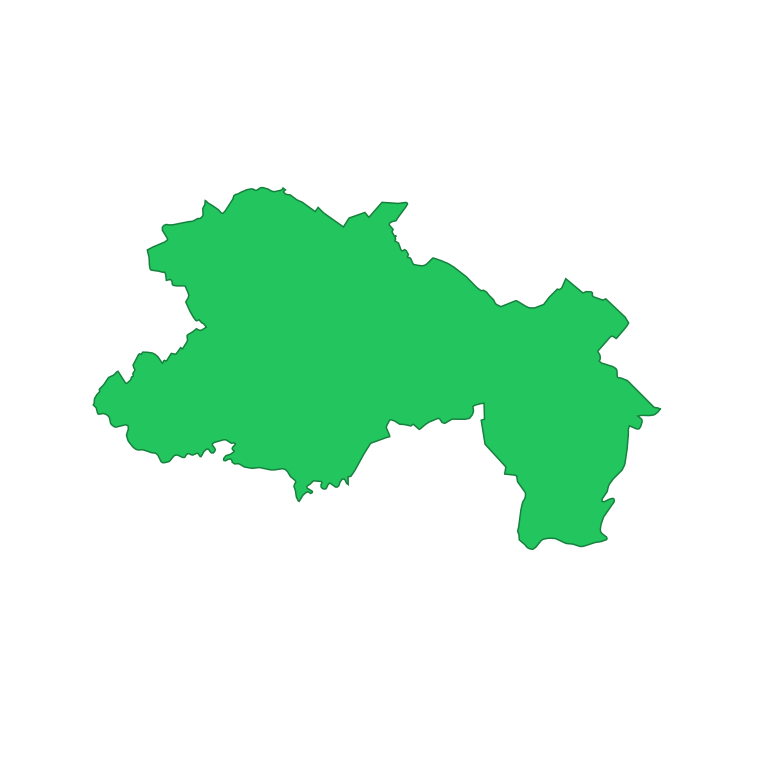 the district of Dong Son, Thanh Hóa, Vietnam, rotated 307°
{"feature_id": "81297802B98540731986743", "entity_name": "Dong Son", "entity_type": "district", "adm_level": 2, "iso_a3": "VNM", "parent_name": "Vietnam", "parent_adm1": "Thanh Hóa", "projection": "mercator", "projection_center": [105.69, 19.795], "detail": "fine", "context": "isolated", "style": "filled", "palette": "green", "viewbox_px": 768, "rotation_deg": 307, "n_neighbors": 0, "source": "geoboundaries", "source_scale": "gbopen_adm2", "svg_char_len": 6159}
<svg xmlns="http://www.w3.org/2000/svg" viewBox="0 0 768 768"><g transform="rotate(307 384 384)"><path d="M479.8,185.4L477.7,185.5L476.7,185.0L471.9,181.0L470.7,179.0L470.1,176.7L470.1,174.7L469.4,172.8L468.0,169.1L466.9,167.7L465.4,166.8L462.3,165.9L461.3,164.8L460.8,161.9L460.0,160.6L456.8,157.7L451.6,154.6L447.8,152.9L445.9,151.3L444.1,150.8L440.5,152.0L427.0,153.0L423.8,152.8L422.8,151.8L422.7,150.6L423.5,147.2L423.3,140.7L422.6,133.7L423.1,132.6L422.9,130.8L419.6,132.9L415.2,133.6L410.3,137.6L408.8,138.1L405.7,137.7L404.0,135.6L398.9,133.3L395.9,130.1L383.9,119.4L381.6,116.5L380.4,114.1L378.3,112.8L377.0,112.7L375.7,112.7L373.3,114.6L370.0,123.2L369.3,124.1L368.0,124.2L365.4,123.4L354.7,117.2L348.6,114.3L343.6,120.3L337.2,125.6L335.0,128.2L334.8,129.2L335.2,130.2L338.3,135.8L340.1,140.0L341.3,141.6L340.1,143.7L335.8,147.8L339.0,150.5L338.4,153.1L336.3,154.8L335.9,156.3L337.9,159.9L342.2,165.4L342.4,166.5L338.9,172.7L337.3,174.8L335.2,175.7L330.2,176.3L325.1,185.7L322.6,191.7L321.5,195.4L321.8,196.5L324.0,197.6L323.2,201.4L323.5,204.1L322.5,207.9L317.0,205.8L315.6,203.7L315.3,201.0L310.0,199.6L305.5,197.7L304.0,197.6L301.4,200.2L299.6,201.2L290.9,201.9L290.6,201.3L290.7,199.7L283.2,199.9L282.3,199.5L280.4,195.7L272.1,196.4L271.0,196.1L270.9,194.6L270.2,194.1L268.0,194.7L267.2,194.4L269.7,187.0L269.9,183.6L269.4,180.5L267.0,176.0L264.2,172.1L261.7,172.4L260.9,170.5L259.5,170.3L248.1,172.2L246.3,174.6L245.8,176.1L245.0,176.7L241.0,177.2L239.8,178.8L238.7,178.9L237.7,178.2L234.8,179.2L230.0,178.3L229.2,177.0L234.1,163.9L232.9,163.3L228.6,162.8L223.4,160.1L214.9,160.6L208.5,159.8L206.8,161.5L202.6,161.1L198.1,161.6L194.0,164.2L192.3,164.4L191.8,168.4L188.2,173.0L188.0,174.0L188.5,174.7L191.5,177.6L192.4,180.0L192.6,182.4L191.9,184.9L188.1,189.3L187.5,190.8L187.5,194.2L188.1,195.8L195.9,202.1L196.6,204.5L196.1,205.3L194.0,207.0L188.6,208.9L187.7,209.6L184.9,213.4L184.1,215.4L182.5,221.9L182.5,224.8L183.1,227.0L186.4,231.1L189.3,239.8L191.3,243.2L191.1,246.2L187.8,252.8L187.9,254.5L188.9,255.9L192.2,258.7L193.9,259.3L200.1,259.5L202.0,260.5L203.0,262.0L204.1,267.1L204.9,268.6L205.7,269.0L208.2,268.7L210.2,269.2L211.1,270.4L211.3,272.2L212.2,274.1L216.3,276.4L216.6,277.4L215.5,280.6L215.6,281.4L216.2,281.6L221.8,280.8L225.3,281.5L226.3,283.2L225.3,286.0L225.1,287.7L226.3,289.2L228.6,289.3L230.1,288.7L231.0,287.1L231.8,283.9L233.0,283.0L235.0,283.5L242.7,289.3L244.3,291.3L244.8,297.7L246.7,299.7L246.8,301.2L246.3,301.6L242.4,301.2L241.2,301.5L240.4,302.6L240.3,304.8L239.5,304.9L235.4,303.6L231.7,300.9L228.3,300.8L226.8,301.5L226.6,302.2L227.2,303.5L230.6,305.2L231.7,306.6L231.6,307.9L230.7,309.5L230.2,309.7L230.2,312.7L232.7,315.6L233.2,317.5L233.6,322.2L237.1,329.2L242.4,334.9L247.3,345.4L249.1,347.8L255.4,354.1L256.3,356.6L256.0,359.5L253.8,364.9L253.5,370.7L253.2,371.9L252.6,372.5L249.4,373.1L248.0,373.8L245.4,377.6L241.1,381.9L239.1,385.7L239.2,386.9L246.7,386.2L250.4,387.1L251.9,387.9L252.2,388.6L252.5,391.3L254.0,392.0L254.9,391.7L255.2,390.9L254.6,385.3L255.2,384.3L256.5,384.1L259.8,385.3L264.2,385.9L268.4,392.6L267.8,393.8L265.4,394.4L263.8,395.9L263.5,397.9L264.3,399.8L265.3,400.6L266.0,400.7L269.8,399.9L271.9,400.1L272.4,400.9L272.5,407.3L273.7,408.8L275.5,409.1L279.5,407.9L283.1,407.9L284.1,409.6L283.7,411.2L282.2,413.8L282.2,415.9L288.3,411.1L290.3,413.1L297.2,412.8L315.9,410.1L328.6,409.0L343.1,418.4L345.4,420.3L346.5,419.1L350.5,412.1L352.5,411.2L358.5,410.3L359.5,410.9L360.9,414.8L361.3,420.7L363.8,424.5L366.7,430.7L369.2,431.4L369.5,432.2L368.9,439.4L369.6,439.9L376.8,441.5L380.7,442.9L389.2,447.9L389.6,449.6L388.2,453.4L389.1,456.2L396.9,459.5L404.5,469.8L408.0,472.9L412.0,473.1L414.9,472.4L416.6,471.5L419.4,468.6L421.7,469.3L426.7,473.2L428.8,475.5L416.4,485.4L413.6,483.4L396.7,501.0L391.1,531.2L384.7,534.6L389.8,543.0L390.4,545.3L386.3,549.5L382.3,562.2L381.2,563.4L378.8,564.8L376.4,565.6L373.9,565.7L371.5,566.5L366.2,568.9L351.2,577.4L346.8,579.4L344.9,582.4L340.9,585.9L340.5,593.1L339.6,596.9L340.1,599.6L341.4,602.1L342.6,602.8L344.9,603.4L353.8,603.8L355.7,604.5L358.4,606.8L360.8,609.3L363.8,614.0L366.2,625.3L369.8,631.2L372.2,638.3L373.7,640.3L375.3,641.6L384.5,648.0L388.9,652.3L393.3,655.2L394.6,655.3L395.7,653.9L395.7,648.6L396.1,646.7L396.9,645.3L398.3,644.1L402.6,641.8L409.9,639.4L428.3,638.7L429.6,638.0L430.6,636.6L430.3,635.4L427.6,633.3L422.3,630.6L421.6,628.8L422.6,627.9L424.1,627.4L432.3,627.0L437.8,624.6L440.0,624.3L446.3,624.2L458.5,625.9L463.0,625.1L465.5,624.3L478.5,617.2L490.6,609.6L495.2,606.2L498.3,605.2L500.0,612.3L500.9,614.0L501.9,614.7L504.5,614.6L508.7,613.1L510.0,612.3L511.0,610.8L511.1,606.0L514.0,608.6L518.4,614.8L521.3,617.8L522.8,618.7L526.3,619.6L531.1,619.8L529.9,619.3L529.8,617.3L527.9,613.9L533.2,576.4L531.4,569.6L529.9,567.2L530.2,565.9L535.1,561.8L535.8,560.1L535.8,558.8L535.5,556.0L531.6,545.0L531.8,542.1L534.1,541.6L535.7,540.5L537.3,538.6L538.5,535.5L539.0,535.0L557.7,536.4L559.1,537.0L559.9,538.2L560.0,542.0L560.5,542.2L573.4,543.0L577.6,543.0L580.0,542.6L582.5,536.4L585.5,509.9L582.7,508.3L579.7,498.8L580.3,496.8L582.2,495.7L582.3,494.1L579.5,489.9L576.4,488.1L577.5,465.8L568.5,468.0L566.5,468.0L564.7,467.0L564.1,465.3L552.3,463.7L543.7,463.7L535.5,458.6L533.0,455.4L532.1,453.6L531.4,450.7L530.4,440.4L529.7,439.0L516.1,430.8L515.2,426.0L515.4,424.2L517.2,420.9L518.0,414.8L519.1,410.7L518.8,407.2L517.0,405.3L516.9,404.2L516.9,400.1L519.2,385.1L519.4,369.4L518.8,363.1L516.9,355.3L514.3,347.5L513.7,347.1L505.8,346.0L503.2,345.0L501.4,343.4L499.7,340.6L497.6,336.5L497.4,335.0L500.3,329.7L500.4,328.5L499.5,327.1L499.6,326.3L502.1,325.5L503.9,321.5L503.7,319.5L501.6,318.8L501.3,318.4L501.3,316.9L505.3,310.7L504.8,306.6L506.6,306.1L508.2,304.3L509.2,304.7L509.5,304.2L508.3,303.6L510.3,298.8L512.9,298.3L514.2,292.5L515.2,291.8L516.7,291.9L518.6,292.8L521.7,295.4L524.7,295.0L538.0,294.9L541.9,294.5L542.5,293.5L542.2,292.2L536.7,286.6L527.9,273.1L508.0,271.6L509.5,265.5L495.5,256.2L485.0,257.1L484.3,232.6L485.4,225.1L480.3,225.3L480.0,209.4L478.6,203.4L478.6,195.4L476.7,192.0L476.5,190.2L476.8,188.2L477.5,188.0L479.7,188.5L479.8,185.4Z" fill="#22c55e" stroke="#15803d" stroke-width="1.5"/></g></svg>